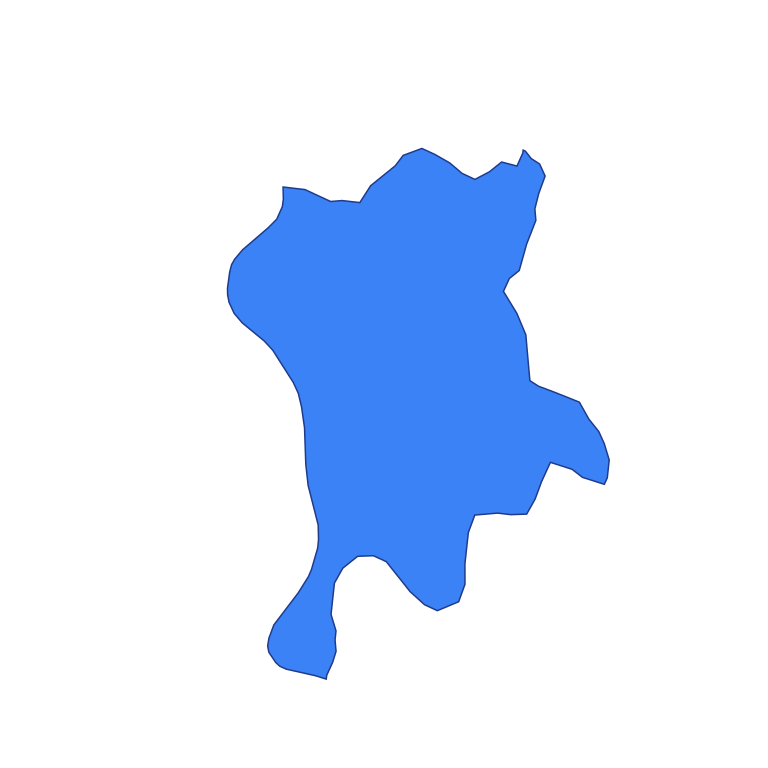 outline of Phangyo, Kangwŏn-do, North Korea, rotated 321°
{"feature_id": "82179303B47367102754155", "entity_name": "Phangyo", "entity_type": "district", "adm_level": 2, "iso_a3": "PRK", "parent_name": "North Korea", "parent_adm1": "Kangwŏn-do", "projection": "robinson", "projection_center": [126.949, 38.743], "detail": "fine", "context": "isolated", "style": "filled", "palette": "blue", "viewbox_px": 768, "rotation_deg": 321, "n_neighbors": 0, "source": "geoboundaries", "source_scale": "gbopen_adm2", "svg_char_len": 1575}
<svg xmlns="http://www.w3.org/2000/svg" viewBox="0 0 768 768"><g transform="rotate(321 384 384)"><path d="M492.1,600.6L498.4,597.5L511.2,584.8L517.7,568.8L521.0,556.1L521.1,540.2L524.4,521.1L511.9,498.7L502.6,482.8L499.5,473.2L512.3,454.1L525.2,435.0L531.7,412.7L535.1,387.2L547.8,380.9L560.5,380.9L582.8,365.1L605.0,352.4L611.5,342.8L624.2,333.3L640.1,323.8L643.4,311.0L640.3,301.5L640.4,291.9L639.3,289.8L637.2,291.9L624.5,298.3L615.1,285.5L599.2,285.4L583.4,282.2L577.2,269.4L574.2,253.5L568.0,237.6L561.7,224.8L542.8,218.4L530.1,221.5L517.4,221.5L511.1,221.5L498.4,221.5L479.4,227.8L466.8,215.0L457.4,208.6L451.1,195.8L444.9,183.1L438.6,176.7L432.4,170.3L429.5,167.4L422.2,176.9L416.6,182.2L404.4,188.4L392.3,189.7L358.5,190.7L346.6,193.0L340.7,195.3L334.5,199.9L322.6,211.1L318.5,216.4L315.0,223.0L312.0,234.8L312.3,247.3L318.0,275.3L318.8,287.8L317.1,302.6L314.5,325.6L311.5,337.4L305.5,349.9L294.7,368.0L272.6,397.3L261.2,415.1L244.1,452.2L235.2,463.7L229.3,469.7L210.9,482.5L204.1,486.1L185.7,492.4L146.8,501.9L134.6,509.1L128.7,514.4L125.7,520.0L125.4,523.2L124.6,532.2L125.4,537.8L128.7,544.3L147.0,567.4L153.4,577.0L156.2,574.3L168.9,568.0L178.5,561.6L184.9,552.1L191.3,545.7L197.8,529.8L204.2,523.4L220.2,507.5L236.1,501.2L255.1,501.3L267.7,510.8L274.0,523.6L273.9,530.0L273.8,542.7L273.6,561.8L276.6,581.0L282.8,593.7L305.0,600.2L320.9,590.6L333.7,574.7L346.5,562.0L356.1,552.5L372.1,543.0L391.0,555.8L400.4,565.4L413.0,574.9L428.9,568.6L444.9,559.1L464.0,549.6L476.5,568.7L479.5,581.5L492.1,600.6Z" fill="#3b82f6" stroke="#1e3a8a" stroke-width="1.5"/></g></svg>